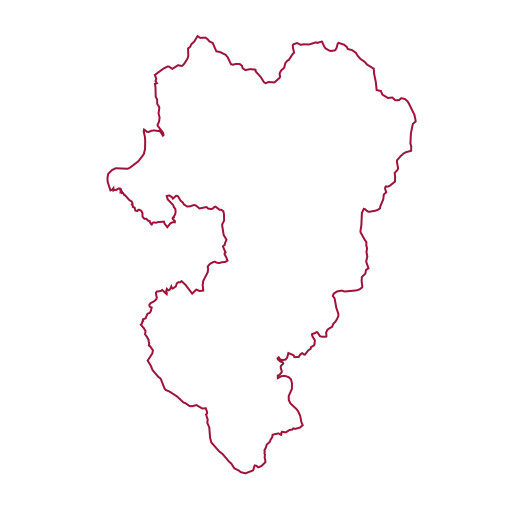 Tran Yen, Yên Bái, Vietnam (Natural Earth projection), rotated 183°
{"feature_id": "81297802B887089272157", "entity_name": "Tran Yen", "entity_type": "district", "adm_level": 2, "iso_a3": "VNM", "parent_name": "Vietnam", "parent_adm1": "Yên Bái", "projection": "natural_earth1", "projection_center": [104.812, 21.705], "detail": "fine", "context": "isolated", "style": "outline", "palette": "rose", "viewbox_px": 512, "rotation_deg": 183, "n_neighbors": 0, "source": "geoboundaries", "source_scale": "gbopen_adm2", "svg_char_len": 6113}
<svg xmlns="http://www.w3.org/2000/svg" viewBox="0 0 512 512"><g transform="rotate(183 256 256)"><path d="M408.0,322.2L404.8,313.9L403.0,314.8L402.0,316.2L401.8,314.0L400.7,314.7L399.3,314.6L396.6,316.3L395.4,316.3L395.0,315.1L394.3,315.3L394.6,312.6L393.3,313.1L393.3,311.8L392.0,311.9L390.7,309.9L389.9,309.8L385.5,305.3L382.9,303.8L382.1,302.0L382.7,300.9L381.7,300.3L381.6,298.6L379.7,297.9L378.9,295.1L376.9,294.6L375.9,296.0L375.1,296.1L373.6,295.5L372.7,294.8L371.6,292.8L371.4,289.3L369.4,287.3L367.4,287.4L365.5,285.5L363.9,285.2L363.7,284.1L362.0,281.9L361.6,282.1L361.0,283.7L359.8,284.2L357.4,284.0L355.9,284.7L349.7,285.5L349.0,283.5L346.1,280.1L343.4,283.9L342.1,284.8L339.8,285.6L338.9,285.4L338.8,286.6L341.0,288.5L341.3,289.4L341.0,290.1L340.0,290.3L340.1,291.2L338.9,293.3L338.6,295.9L339.0,298.7L340.7,300.7L341.3,302.4L347.1,307.9L348.3,311.2L346.7,311.7L345.5,311.9L344.5,311.0L343.4,310.8L342.0,308.9L338.9,312.0L337.7,311.8L336.8,311.3L334.4,307.5L331.8,305.5L330.8,303.8L327.2,301.8L324.7,302.1L320.4,303.7L318.9,303.4L314.9,300.5L308.4,302.2L307.8,302.2L306.3,300.8L303.2,300.6L301.8,301.0L300.0,302.9L299.0,303.2L294.9,300.3L293.0,300.3L290.9,298.9L290.2,296.0L289.7,289.8L291.4,285.8L291.4,284.8L289.4,275.3L286.3,270.7L287.6,267.3L287.8,265.5L289.4,264.1L289.4,263.5L286.6,257.9L287.5,257.2L287.4,255.9L285.6,253.1L284.2,249.9L286.5,248.4L289.7,248.0L292.4,247.0L295.0,247.3L296.9,248.2L297.7,248.0L301.3,246.0L303.1,243.9L303.7,242.6L303.1,240.7L303.4,237.2L307.4,228.3L307.7,224.3L306.9,218.7L310.4,218.1L313.9,219.3L317.8,215.1L324.8,223.4L329.0,227.0L330.6,225.7L332.0,225.8L333.6,224.6L334.5,221.4L337.4,219.2L337.8,219.1L338.4,219.8L339.0,221.1L339.9,218.6L341.0,217.3L341.8,217.1L343.3,218.5L343.8,216.4L343.1,213.9L343.2,213.2L347.9,217.2L349.4,216.0L353.2,215.3L354.1,213.8L352.9,209.2L353.3,207.5L355.7,205.2L359.0,203.3L360.0,201.6L359.5,199.8L357.5,199.1L358.2,195.3L359.1,193.7L361.4,192.6L363.0,188.0L365.6,186.8L365.8,186.0L365.3,185.1L366.2,184.1L366.2,182.8L367.4,181.4L364.2,178.0L362.4,175.3L362.7,172.0L360.7,169.6L358.8,166.4L358.7,164.9L358.1,163.5L358.3,161.0L357.3,160.6L354.0,156.4L354.4,153.4L358.7,145.9L355.2,140.7L353.4,136.7L347.3,130.3L344.7,128.4L340.4,118.9L339.2,117.5L335.5,116.2L327.5,111.6L320.6,105.8L319.0,105.5L314.3,102.6L311.7,102.7L307.7,104.0L301.7,100.9L298.2,101.3L296.6,97.4L296.7,96.1L297.6,95.1L295.7,90.2L295.9,86.8L293.7,82.4L292.3,71.9L290.8,67.4L282.7,59.1L278.9,56.4L272.5,49.6L269.8,47.4L266.5,42.8L262.0,40.9L260.0,39.4L255.2,38.4L248.0,41.6L247.4,42.4L246.8,45.6L246.2,46.8L244.5,46.5L243.0,45.1L242.3,45.2L239.5,46.6L235.9,50.5L236.0,52.3L236.8,55.2L236.7,58.3L237.3,59.7L237.0,61.2L237.4,62.4L236.0,65.5L235.4,68.2L232.4,71.3L232.0,72.9L230.2,76.3L230.2,78.2L229.8,78.5L224.4,80.0L221.6,78.7L221.3,79.5L221.4,81.0L220.8,81.9L217.9,81.4L216.6,81.7L213.4,84.0L210.6,84.6L209.7,85.8L207.6,85.4L203.1,87.0L200.5,89.5L201.9,92.2L203.5,98.7L205.9,103.3L207.5,105.2L213.7,110.4L215.7,113.7L216.0,117.9L213.2,125.1L213.4,130.8L214.7,134.8L217.2,136.8L221.1,137.8L224.3,137.3L227.8,135.2L228.0,137.7L226.3,138.6L224.3,141.2L224.2,142.2L225.4,145.4L225.5,147.4L223.2,150.0L223.8,151.3L226.1,151.8L228.9,154.1L229.1,155.0L228.0,156.0L227.0,154.5L224.8,153.4L221.3,154.0L219.6,156.0L218.6,160.8L213.2,158.8L212.5,157.2L211.9,157.0L208.1,157.4L206.5,160.1L204.8,161.4L202.6,160.0L201.9,160.1L199.0,164.4L196.6,166.2L196.2,168.0L193.8,169.4L193.0,170.4L192.8,174.9L195.3,178.5L196.0,180.3L195.8,181.1L193.1,182.0L191.2,183.3L190.5,182.8L187.9,179.3L186.0,178.8L181.7,179.1L181.4,179.6L182.0,183.1L181.0,185.6L179.9,186.9L176.3,189.3L175.1,192.6L173.3,194.5L171.7,197.4L170.6,200.5L170.7,202.5L173.1,208.5L175.3,217.8L177.2,220.1L176.4,222.5L173.3,224.8L168.8,225.9L165.5,225.2L153.8,226.9L150.7,228.2L148.3,230.3L148.3,231.6L149.2,236.5L149.2,240.6L145.9,244.1L145.4,247.8L143.0,249.6L145.5,255.6L145.6,257.0L144.8,261.4L145.9,265.6L145.5,269.6L146.4,272.3L146.5,275.7L148.3,277.9L152.8,285.1L153.0,286.4L152.4,292.2L152.5,304.6L150.8,308.8L149.5,308.4L147.0,306.5L145.6,306.0L139.5,307.4L137.1,308.3L134.7,310.0L134.5,312.1L131.9,319.1L131.6,324.1L129.3,326.4L130.6,329.9L130.5,331.5L129.9,332.3L127.9,332.2L126.0,333.2L121.1,337.6L121.2,342.1L121.8,346.3L119.4,349.1L118.7,350.8L120.3,358.0L120.1,359.0L116.9,363.2L114.0,366.1L111.9,367.4L106.6,369.2L106.7,373.6L107.7,376.5L107.7,386.7L106.3,396.1L103.6,398.7L104.1,401.2L105.2,405.3L111.5,416.6L112.8,418.4L115.6,420.6L119.2,421.2L121.1,419.2L124.1,418.8L125.2,419.0L128.2,421.4L132.5,420.7L138.3,423.8L139.9,427.3L144.2,428.0L145.4,435.7L147.7,444.7L148.2,449.2L155.0,452.9L157.7,455.6L161.9,458.2L165.1,461.4L166.9,464.2L171.0,466.7L175.2,467.5L176.3,469.6L179.1,471.6L184.8,473.2L185.6,472.0L186.4,468.1L187.5,465.9L188.4,465.3L191.9,464.7L193.4,464.9L197.5,467.0L199.2,469.3L201.2,473.5L201.6,473.6L205.9,472.0L207.3,472.5L214.1,470.0L219.7,469.9L222.3,469.2L226.1,470.8L229.8,469.3L230.3,468.4L230.1,466.2L228.6,461.0L230.0,459.6L233.5,453.5L235.0,452.7L236.8,450.1L237.7,445.6L240.6,442.6L241.6,440.5L242.0,439.1L241.3,436.4L241.8,435.1L246.7,430.3L252.5,430.4L255.4,429.1L257.1,429.9L260.8,435.2L266.0,440.3L266.2,441.9L266.6,442.1L271.7,442.3L276.3,441.1L279.1,442.7L279.9,445.2L282.2,446.8L286.0,446.8L288.9,445.8L291.0,446.2L294.7,453.0L296.8,455.3L302.8,457.9L306.3,458.3L310.4,466.5L313.8,467.9L315.6,469.9L317.8,471.4L323.2,470.9L325.9,472.5L328.9,466.9L331.6,464.2L332.7,461.4L334.7,459.7L334.1,452.1L334.7,449.7L337.4,444.7L339.4,442.2L340.6,441.9L343.7,442.5L349.4,438.5L352.7,440.5L354.0,440.7L358.1,438.4L366.5,431.5L364.8,427.6L365.5,425.5L364.0,423.3L366.0,422.7L365.2,419.3L364.5,409.8L362.9,407.0L362.7,403.4L362.2,402.0L360.6,400.0L360.3,398.6L360.8,393.4L359.5,389.1L359.9,385.0L361.2,381.7L360.9,380.8L355.2,374.1L354.7,371.9L355.3,371.3L357.6,374.7L359.3,376.0L360.1,375.7L364.4,376.1L367.5,375.4L369.8,374.2L371.2,374.3L374.4,376.4L374.7,374.7L373.2,369.2L372.7,365.4L372.4,357.1L373.3,352.1L375.1,349.2L378.7,344.2L386.8,337.4L388.8,336.4L400.6,336.3L404.3,334.3L407.9,330.3L408.4,326.0L408.0,322.2Z" fill="none" stroke="#9f1239" stroke-width="2"/></g></svg>